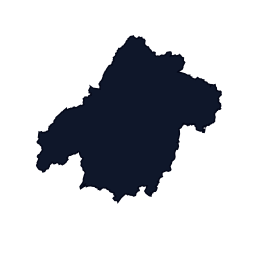 Guarne, Antioquia, Colombia, rotated 227°
{"feature_id": "7082276B92581613564352", "entity_name": "Guarne", "entity_type": "district", "adm_level": 2, "iso_a3": "COL", "parent_name": "Colombia", "parent_adm1": "Antioquia", "projection": "robinson", "projection_center": [-75.433, 6.272], "detail": "fine", "context": "isolated", "style": "filled", "palette": "ink", "viewbox_px": 256, "rotation_deg": 227, "n_neighbors": 0, "source": "geoboundaries", "source_scale": "gbopen_adm2", "svg_char_len": 5785}
<svg xmlns="http://www.w3.org/2000/svg" viewBox="0 0 256 256"><g transform="rotate(227 128 128)"><path d="M163.1,35.9L161.9,35.3L158.8,34.8L157.5,35.2L156.2,36.2L155.4,36.4L154.0,35.8L153.4,36.8L153.2,37.7L153.6,38.7L153.8,40.4L152.8,41.8L153.8,44.4L154.7,45.4L154.5,47.2L154.8,49.0L154.1,49.6L153.0,49.2L152.3,49.6L151.6,51.0L151.5,52.3L150.9,52.8L149.5,53.4L148.4,52.9L147.7,54.6L146.0,54.9L145.4,57.3L145.7,58.0L145.4,58.5L145.4,59.4L145.9,60.7L146.0,62.6L147.9,63.0L147.8,64.0L148.3,64.7L148.4,65.7L148.0,66.7L147.1,67.7L147.3,68.8L146.6,69.4L146.6,70.3L145.2,71.8L145.2,72.7L144.6,74.2L145.1,75.1L144.6,75.9L143.0,75.9L141.8,75.0L138.9,74.0L136.7,74.6L136.1,73.6L135.4,70.7L134.0,70.1L132.5,68.1L129.9,68.1L127.8,66.6L126.4,66.9L124.7,66.5L123.9,65.6L123.3,64.2L121.0,60.5L119.6,59.3L118.8,57.8L117.8,53.0L116.0,52.0L115.5,54.9L116.7,56.9L116.1,58.3L115.2,56.2L114.6,57.7L113.7,58.3L113.4,57.9L112.8,59.4L110.9,61.8L110.9,62.1L110.2,62.0L107.8,64.1L107.0,63.9L106.9,64.3L105.9,64.3L104.4,65.2L103.4,64.5L102.6,65.8L102.0,65.3L101.6,65.9L101.9,67.0L101.4,69.2L100.3,69.9L99.4,71.2L99.1,70.9L98.2,71.3L97.6,71.0L95.1,72.2L94.3,71.6L93.4,71.7L89.9,73.6L89.4,73.3L89.3,72.6L88.7,72.3L87.0,72.6L86.3,72.2L86.8,70.8L86.7,69.2L84.0,69.0L82.6,70.5L81.6,70.6L80.7,70.1L81.8,75.5L81.7,81.1L81.2,81.9L79.4,82.3L79.2,83.3L77.5,83.9L75.9,85.4L74.4,85.8L73.7,87.5L75.2,89.6L75.1,90.6L75.5,91.4L74.7,93.5L75.9,94.1L77.2,94.1L77.8,95.9L77.0,96.8L76.6,98.7L76.0,99.2L75.8,99.9L74.7,99.9L73.6,101.8L72.6,102.5L71.1,99.8L70.4,97.3L68.0,96.8L64.0,97.5L62.8,98.3L63.2,98.5L63.2,99.4L64.2,100.5L64.9,100.0L65.1,100.4L63.8,101.9L64.5,103.1L63.1,104.9L63.3,106.2L64.5,108.4L66.2,108.2L66.4,110.7L67.3,112.5L67.3,113.6L67.6,113.7L68.0,112.8L68.6,113.0L68.7,114.6L69.6,116.1L69.9,118.6L69.5,118.8L69.1,120.0L70.2,120.4L72.1,122.3L72.2,123.0L70.8,126.9L68.9,128.1L68.1,130.1L68.5,131.0L71.1,132.2L71.8,133.1L72.6,135.6L73.4,136.4L73.5,137.2L74.2,138.0L73.7,139.3L73.9,140.0L73.8,140.9L74.9,142.6L77.5,144.5L78.6,145.8L79.8,148.5L79.6,149.2L78.9,149.5L78.9,150.0L80.3,152.4L83.2,154.2L83.8,154.1L83.2,155.8L85.6,156.6L86.1,158.0L88.6,161.5L91.0,163.5L92.2,164.1L92.6,164.9L92.2,167.1L93.3,170.5L93.0,170.6L93.6,171.6L93.0,172.2L92.5,171.9L91.4,172.9L90.2,173.2L90.6,173.5L89.9,174.2L89.0,173.8L89.0,174.3L88.4,175.0L89.0,175.6L87.6,176.9L86.9,176.8L86.7,177.6L86.9,178.4L86.2,178.9L85.9,178.6L85.1,179.6L83.8,178.5L83.1,178.7L81.7,178.4L80.5,177.2L79.9,177.1L76.5,178.8L76.3,179.5L75.3,180.2L74.0,179.8L72.9,180.7L73.3,181.4L73.6,180.8L74.6,181.5L74.4,181.8L74.8,182.2L74.3,182.6L74.7,183.2L75.3,182.0L75.8,182.0L77.7,183.2L77.1,184.1L77.5,184.9L76.0,185.3L76.0,185.6L76.7,186.0L76.2,186.8L76.5,187.8L75.4,188.4L75.4,188.7L74.9,189.1L74.9,189.8L75.4,189.9L74.5,191.8L74.6,192.8L73.8,194.0L74.0,196.0L75.0,196.7L76.7,199.1L79.2,200.4L79.2,200.9L80.0,201.7L79.9,203.6L80.5,204.4L80.0,205.6L80.5,206.2L80.1,207.1L79.1,207.9L79.0,208.9L80.2,209.1L80.9,210.9L81.9,211.2L82.4,212.0L83.1,212.1L83.6,211.6L84.6,212.1L85.3,211.8L86.3,212.8L86.6,213.6L87.9,213.8L88.9,216.2L88.7,218.3L89.2,219.2L90.6,219.5L90.6,220.3L90.9,220.6L91.8,220.7L92.8,219.4L94.9,218.4L96.0,218.9L97.3,220.0L98.7,220.1L100.3,221.2L101.0,219.8L102.5,218.8L102.3,217.1L103.2,218.0L105.8,216.4L107.7,216.7L110.3,215.0L111.4,216.2L112.9,215.0L113.6,215.1L115.3,213.6L117.4,213.3L117.5,210.5L118.2,210.3L118.7,209.6L122.0,208.5L122.1,208.9L122.4,208.6L124.3,208.6L124.5,209.0L126.2,207.3L128.8,206.5L135.0,202.8L135.0,204.7L134.5,206.0L134.2,207.9L135.1,209.6L135.9,210.2L137.4,214.2L139.4,214.1L141.5,216.3L143.0,215.5L143.1,215.2L144.4,215.8L145.1,215.5L145.6,215.8L146.1,215.3L146.5,215.4L146.4,214.9L147.6,212.5L149.2,212.2L150.0,210.1L151.6,208.8L151.7,208.4L152.7,210.1L153.8,210.9L154.4,211.0L155.0,210.5L156.6,208.0L156.0,205.8L156.4,203.8L158.4,202.1L159.0,199.4L160.2,199.0L161.2,197.4L162.3,197.2L163.2,197.5L164.7,199.2L165.9,198.6L165.8,198.1L166.6,197.1L169.3,197.6L171.4,197.4L173.4,198.1L173.9,197.5L176.7,196.8L178.6,197.6L180.4,200.0L182.0,200.2L183.1,199.0L184.8,199.7L185.1,198.7L187.0,198.1L186.6,197.1L187.0,197.0L187.0,196.2L187.7,194.9L190.5,194.3L191.7,194.6L192.2,193.0L192.7,192.9L193.2,191.9L192.9,190.6L193.2,189.0L192.3,188.4L192.6,187.1L192.4,185.9L191.5,184.3L191.4,182.5L190.9,181.0L191.5,179.5L190.8,177.9L191.4,177.3L191.3,176.4L192.4,175.5L191.6,174.0L191.8,173.1L190.4,171.7L190.9,170.0L190.6,169.7L190.0,169.9L189.2,167.7L189.4,165.4L188.7,165.2L187.7,163.6L186.6,163.4L186.8,161.5L186.0,160.7L185.5,159.2L185.2,159.2L186.4,156.7L185.4,152.3L184.7,150.9L184.9,149.9L184.3,149.5L184.2,148.0L183.7,147.6L183.3,145.9L182.6,145.3L181.0,142.3L180.6,140.6L180.5,138.8L179.8,137.7L179.9,137.0L179.0,136.5L178.6,136.7L178.1,136.4L177.9,136.7L175.5,133.9L181.0,129.4L183.9,128.9L183.5,128.7L182.2,125.1L180.7,124.5L180.3,123.8L179.1,124.6L178.2,124.5L177.4,123.6L177.8,123.2L177.7,122.4L178.2,121.3L177.7,119.5L178.4,118.6L179.0,118.6L179.9,117.6L179.7,117.2L179.8,115.2L178.4,114.7L177.3,112.8L175.3,111.7L175.7,109.5L176.9,108.7L177.6,106.3L177.7,104.7L178.9,103.2L179.8,103.0L180.0,102.6L179.6,101.9L180.3,101.8L180.1,101.0L180.9,99.7L181.3,99.7L181.2,99.0L182.2,98.1L182.3,96.7L183.4,95.5L184.3,96.2L184.5,92.5L184.1,91.8L184.7,90.5L184.5,87.9L184.7,82.6L183.9,81.5L183.8,79.7L183.4,78.5L182.4,78.1L182.2,77.6L182.8,73.3L182.4,73.0L182.4,72.3L182.8,71.5L181.9,71.0L181.9,70.3L181.3,69.4L180.5,69.0L180.1,68.1L180.4,66.7L180.8,66.6L181.3,63.9L181.8,63.9L181.9,63.4L182.6,62.9L183.2,61.8L184.2,62.1L185.2,60.3L185.6,60.2L182.4,56.4L182.2,56.7L180.3,55.4L179.7,52.1L178.6,51.8L176.3,52.6L175.1,52.3L173.3,52.6L171.6,51.1L170.8,51.0L169.9,49.8L169.5,47.3L168.9,46.1L169.4,43.6L169.0,42.5L168.5,42.1L166.7,42.2L166.1,41.7L164.5,38.0L163.5,37.4L163.1,35.9Z" fill="#0f172a" stroke="#020617" stroke-width="1.5"/></g></svg>